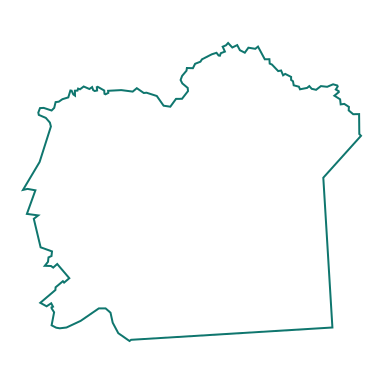 the district of Mitcham, South Australia, Australia, rotated 180°
{"feature_id": "25037944B96315201731576", "entity_name": "Mitcham", "entity_type": "district", "adm_level": 2, "iso_a3": "AUS", "parent_name": "Australia", "parent_adm1": "South Australia", "projection": "robinson", "projection_center": [138.632, -35.007], "detail": "medium", "context": "isolated", "style": "outline", "palette": "teal", "viewbox_px": 384, "rotation_deg": 180, "n_neighbors": 0, "source": "geoboundaries", "source_scale": "gbopen_adm2", "svg_char_len": 1912}
<svg xmlns="http://www.w3.org/2000/svg" viewBox="0 0 384 384"><g transform="rotate(180 192 192)"><path d="M343.7,81.2L337.4,77.7L332.8,80.7L331.0,77.3L332.5,76.6L332.4,75.7L329.9,71.7L332.4,58.7L327.8,56.3L324.2,55.7L317.5,56.5L303.4,63.1L285.2,75.6L278.4,75.6L273.5,71.3L271.3,61.3L265.7,50.8L254.5,43.0L252.9,44.2L51.6,56.5L60.7,206.3L23.0,248.2L24.7,250.0L24.9,269.9L30.8,269.8L35.3,273.6L35.1,277.1L39.7,280.1L43.3,279.6L43.9,284.7L49.6,288.3L45.2,291.9L45.3,292.8L48.2,294.5L46.3,297.5L46.7,298.5L50.9,299.7L56.8,297.2L63.1,297.9L67.9,294.2L72.3,295.2L74.7,297.9L76.9,296.1L84.0,294.7L85.1,297.3L90.3,298.7L91.0,302.7L92.9,304.1L92.9,307.1L98.8,310.1L100.9,308.7L102.9,313.5L105.8,312.9L112.1,319.5L114.3,320.4L114.6,324.8L119.2,324.7L126.0,337.4L128.7,335.2L135.6,336.3L139.2,331.3L144.1,333.8L146.8,338.9L151.7,336.5L155.9,341.0L158.0,338.7L161.3,337.3L159.1,332.4L163.2,330.8L164.1,328.3L165.4,328.5L167.5,331.2L172.2,329.7L182.0,324.7L183.6,322.3L188.9,320.2L191.1,315.8L197.1,316.0L197.5,313.3L201.9,308.1L203.4,304.0L201.7,300.6L196.3,296.1L196.0,292.9L202.0,285.2L208.0,285.1L213.7,277.3L220.4,278.3L227.2,288.0L237.5,291.3L240.2,291.0L247.2,295.8L251.3,292.4L262.7,293.9L275.9,293.2L275.7,291.1L278.5,289.7L279.5,290.2L279.8,293.5L286.3,297.2L287.2,296.8L286.9,293.5L289.3,293.0L290.8,293.9L291.9,296.9L294.6,295.0L300.3,297.5L304.0,294.7L305.9,295.4L306.5,293.4L309.1,293.3L309.0,288.4L310.7,289.6L312.4,293.3L313.6,293.5L315.7,286.6L321.6,284.8L325.2,282.3L328.4,281.9L329.8,276.1L332.4,273.5L340.3,276.1L344.0,275.9L345.7,271.4L345.2,269.1L338.2,266.1L334.1,261.4L333.1,257.5L344.4,222.0L361.0,194.1L356.5,195.1L348.6,193.7L357.1,170.1L345.8,168.6L350.2,165.2L343.4,136.7L332.0,132.6L332.5,128.0L335.5,126.6L336.0,122.2L339.2,118.2L333.0,118.0L330.8,116.4L326.8,120.0L314.7,105.8L319.9,101.4L321.1,102.8L328.4,96.7L328.6,94.0L343.7,81.2Z" fill="none" stroke="#0f766e" stroke-width="2"/></g></svg>